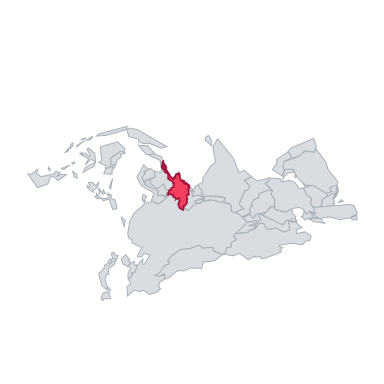 Myanmar on a map of Asia (Albers equal-area conic projection), rotated 160°
{"feature_id": "MMR", "entity_name": "Myanmar", "entity_type": "country or territory", "adm_level": 0, "iso_a3": "MMR", "parent_name": "Asia", "parent_adm1": "", "projection": "albers", "projection_center": [96.922, 19.196], "detail": "fine", "context": "in_parent", "style": "filled", "palette": "rose", "viewbox_px": 384, "rotation_deg": 160, "n_neighbors": 45, "source": "natural_earth", "source_scale": "50m", "svg_char_len": 18287}
<svg xmlns="http://www.w3.org/2000/svg" viewBox="0 0 384 384"><g transform="rotate(160 192 192)"><path d="M183.8,123.0L180.2,124.6L178.6,128.0L174.2,126.9L172.3,131.2L166.6,132.2L168.2,136.8L166.6,138.8L153.1,134.8L151.2,136.6L146.1,135.4L139.5,139.7L135.3,137.7L134.7,132.8L132.4,130.4L125.8,129.8L119.2,123.0L113.2,123.1L111.1,132.3L107.5,128.7L103.6,129.2L104.3,126.7L100.7,120.9L107.0,120.9L108.0,117.1L99.2,115.9L95.0,109.6L98.6,105.6L100.4,107.5L106.1,104.7L115.9,109.7L127.9,112.0L128.7,111.0L125.6,108.7L129.7,107.2L128.5,105.4L129.6,104.9L146.1,104.8L149.8,105.9L150.1,108.2L155.0,109.1L154.6,110.3L162.2,109.0L168.1,117.9L175.4,118.0L183.8,123.0Z" fill="#d9dde1" stroke="#a8b0b8" stroke-width="1"/><path d="M111.1,132.3L113.2,123.1L119.2,123.0L125.8,129.8L132.4,130.4L134.7,132.8L135.3,137.7L138.6,139.6L145.4,136.4L143.9,138.1L149.7,140.7L146.5,142.2L143.8,141.6L144.2,139.7L141.1,139.8L138.8,142.6L136.9,142.2L137.8,146.2L136.1,148.6L117.9,130.0L113.6,132.9L111.1,132.3Z" fill="#d9dde1" stroke="#a8b0b8" stroke-width="1"/><path d="M335.7,248.7L340.0,265.1L336.8,263.7L329.3,265.9L331.8,262.4L328.4,258.0L314.8,256.1L313.1,258.0L309.4,255.3L314.1,252.7L309.8,253.5L304.1,251.2L314.2,248.7L316.6,253.6L319.9,254.5L324.8,248.9L335.7,248.7ZM291.2,274.7L290.1,278.1L287.1,278.8L288.3,276.2L291.2,274.7ZM318.2,264.4L317.5,262.5L318.3,260.5L319.4,262.3L318.2,264.4ZM265.3,243.3L264.0,246.0L269.6,251.7L266.2,252.4L262.7,265.8L244.7,264.6L240.3,255.9L242.0,251.4L244.8,254.6L254.4,252.5L256.7,251.7L259.5,243.5L265.3,243.3ZM297.6,259.1L305.1,256.9L306.6,258.7L297.6,259.1ZM294.8,260.7L292.6,260.5L291.9,259.5L294.8,258.9L294.8,260.7ZM295.1,244.3L297.8,246.7L297.0,252.4L294.1,247.7L295.1,244.3ZM275.0,249.9L287.6,247.7L283.6,251.6L273.4,253.0L273.2,255.1L276.2,257.1L283.0,254.0L278.0,258.2L284.3,266.5L281.5,266.7L282.6,264.4L279.0,265.2L276.7,260.3L274.8,261.4L276.1,268.1L274.3,268.8L270.2,261.7L272.3,253.4L275.0,249.9ZM278.7,279.3L273.0,279.0L275.8,278.2L278.7,279.3ZM275.7,276.8L282.0,275.0L284.6,273.7L284.3,275.1L275.7,276.8ZM269.3,275.7L273.2,276.8L266.0,278.5L269.3,275.7ZM232.6,273.2L252.8,274.5L262.6,277.2L259.2,278.5L230.6,275.8L232.6,273.2ZM224.1,259.8L232.4,265.7L231.9,273.1L228.5,273.3L221.9,269.2L200.0,243.2L206.3,243.9L215.6,252.4L221.1,254.2L225.2,257.5L224.1,259.8Z" fill="#d9dde1" stroke="#a8b0b8" stroke-width="1"/><path d="M291.8,275.9L294.0,273.0L298.2,272.2L291.8,275.9Z" fill="#d9dde1" stroke="#a8b0b8" stroke-width="1"/><path d="M59.2,139.3L55.9,142.2L53.5,148.4L53.7,143.3L57.4,139.2L59.2,139.3Z" fill="#d9dde1" stroke="#a8b0b8" stroke-width="1"/><path d="M61.9,137.5L57.5,139.2L61.9,136.4L61.9,137.5Z" fill="#d9dde1" stroke="#a8b0b8" stroke-width="1"/><path d="M57.8,141.3L55.3,143.5L57.1,140.7L57.8,141.3Z" fill="#d9dde1" stroke="#a8b0b8" stroke-width="1"/><path d="M57.8,141.3L66.1,141.4L66.0,144.9L60.3,144.8L61.7,148.3L55.9,150.1L53.5,148.4L57.8,141.3Z" fill="#d9dde1" stroke="#a8b0b8" stroke-width="1"/><path d="M89.3,175.2L95.3,177.1L101.9,174.1L96.7,182.2L89.4,178.9L89.3,175.2Z" fill="#d9dde1" stroke="#a8b0b8" stroke-width="1"/><path d="M87.7,173.3L88.1,171.2L89.9,169.9L90.1,172.5L87.7,173.3Z" fill="#d9dde1" stroke="#a8b0b8" stroke-width="1"/><path d="M83.2,156.5L84.7,161.3L80.7,158.6L83.2,156.5Z" fill="#d9dde1" stroke="#a8b0b8" stroke-width="1"/><path d="M66.0,144.9L66.1,141.4L72.1,140.4L74.4,135.6L78.6,134.1L83.0,136.0L84.8,140.8L81.9,144.8L85.2,150.1L86.2,157.7L76.4,157.0L66.0,144.9Z" fill="#d9dde1" stroke="#a8b0b8" stroke-width="1"/><path d="M97.3,181.7L101.8,176.3L108.7,185.5L102.4,190.1L101.2,193.6L87.8,197.1L86.5,189.9L95.0,189.1L98.0,183.9L97.3,181.7ZM102.9,172.5L101.7,173.0L102.6,172.2L102.9,172.5Z" fill="#d9dde1" stroke="#a8b0b8" stroke-width="1"/><path d="M220.4,224.2L221.3,218.4L229.7,219.0L230.9,217.0L234.1,219.7L234.0,223.1L229.4,225.6L230.7,227.2L223.1,228.5L220.4,224.2Z" fill="#d9dde1" stroke="#a8b0b8" stroke-width="1"/><path d="M227.4,218.0L221.3,218.4L220.4,224.2L213.5,220.9L211.2,232.7L219.7,240.9L216.9,242.5L208.2,235.2L212.1,225.2L208.2,216.1L210.1,213.1L205.9,206.7L208.3,203.1L213.1,201.0L216.3,203.6L215.8,209.2L221.5,206.8L225.7,209.1L228.3,214.3L227.4,218.0Z" fill="#d9dde1" stroke="#a8b0b8" stroke-width="1"/><path d="M233.3,217.9L227.4,218.0L228.3,214.3L223.5,206.9L215.8,209.2L216.3,203.6L213.1,201.0L217.5,198.7L217.1,195.5L221.3,199.8L224.5,199.7L225.6,202.1L223.2,204.0L232.9,213.1L233.3,217.9Z" fill="#d9dde1" stroke="#a8b0b8" stroke-width="1"/><path d="M225.5,228.8L230.7,227.2L229.4,225.6L234.0,223.1L233.7,215.0L223.2,204.0L225.6,202.1L224.5,199.7L221.3,199.8L218.4,195.0L226.5,192.2L233.8,196.9L228.0,204.4L237.2,214.6L238.8,224.7L228.0,234.0L225.5,228.8Z" fill="#d9dde1" stroke="#a8b0b8" stroke-width="1"/><path d="M281.5,133.1L280.1,137.3L275.7,141.2L277.9,144.5L269.9,146.6L270.9,143.0L268.1,142.0L269.7,140.0L273.3,136.1L276.5,136.5L275.9,135.2L279.8,131.9L281.5,133.1Z" fill="#d9dde1" stroke="#a8b0b8" stroke-width="1"/><path d="M273.5,147.0L278.1,143.8L281.6,148.2L281.6,152.9L275.7,155.8L273.8,149.7L275.5,149.0L273.5,147.0Z" fill="#d9dde1" stroke="#a8b0b8" stroke-width="1"/><path d="M184.6,122.8L194.5,119.6L205.5,122.3L208.9,116.9L219.5,121.2L226.4,120.4L230.0,122.5L234.9,122.5L242.7,119.2L247.8,119.5L246.3,124.9L251.3,123.5L255.4,125.5L242.0,132.6L238.4,132.2L237.3,133.9L238.5,135.6L235.5,138.1L223.2,142.1L213.7,139.7L203.4,139.6L201.1,135.7L191.3,132.9L191.5,128.9L184.6,122.8Z" fill="#d9dde1" stroke="#a8b0b8" stroke-width="1"/><path d="M205.7,178.8L205.3,182.2L200.2,183.6L193.6,196.3L192.4,191.8L191.2,193.6L189.8,192.0L193.1,188.0L186.8,186.9L183.5,183.5L182.5,185.3L184.3,186.9L182.0,188.9L183.6,189.7L183.7,197.0L178.7,197.3L177.2,201.0L165.0,210.4L159.8,211.8L157.0,227.3L149.8,233.3L141.6,209.4L141.2,194.0L135.4,194.5L130.8,185.7L138.4,185.0L135.6,177.2L138.8,174.7L141.7,175.3L151.9,164.4L149.0,158.3L156.5,158.3L159.1,156.3L161.3,159.8L160.1,167.4L165.6,171.7L162.7,175.3L170.4,180.0L182.2,183.5L184.1,178.9L184.3,181.6L186.5,182.8L192.3,182.7L191.6,180.0L202.7,175.5L203.0,178.4L205.7,178.8Z" fill="#d9dde1" stroke="#a8b0b8" stroke-width="1"/><path d="M192.4,191.8L192.7,200.2L190.4,194.2L188.0,194.0L187.4,196.7L184.1,195.9L182.0,188.9L184.3,186.9L182.5,185.3L183.5,183.5L186.8,186.9L193.1,188.0L189.8,192.0L191.2,193.6L192.4,191.8Z" fill="#d9dde1" stroke="#a8b0b8" stroke-width="1"/><path d="M191.6,180.0L192.3,182.7L184.3,181.6L187.4,178.4L191.6,180.0Z" fill="#d9dde1" stroke="#a8b0b8" stroke-width="1"/><path d="M182.6,179.4L182.2,183.5L180.1,183.4L162.7,175.3L166.7,171.1L176.9,178.1L182.6,179.4Z" fill="#d9dde1" stroke="#a8b0b8" stroke-width="1"/><path d="M159.1,156.3L156.5,158.3L149.0,158.3L151.9,164.4L141.7,175.3L138.8,174.7L135.6,177.2L138.4,185.0L130.8,185.7L127.0,180.1L114.6,178.7L116.2,175.7L120.1,174.9L115.8,165.3L119.6,167.5L129.2,167.7L131.3,164.0L137.3,163.4L145.3,151.8L153.3,151.2L155.3,154.8L159.1,156.3Z" fill="#d9dde1" stroke="#a8b0b8" stroke-width="1"/><path d="M128.9,147.5L139.3,149.1L143.6,146.2L145.3,151.2L148.9,149.6L153.3,151.2L143.7,152.8L144.2,155.4L142.0,158.3L139.7,157.8L140.4,159.8L137.3,163.4L131.3,164.0L129.2,167.7L119.6,167.5L115.8,165.3L118.5,163.3L116.8,156.5L119.9,149.7L123.9,151.2L128.9,147.5Z" fill="#d9dde1" stroke="#a8b0b8" stroke-width="1"/><path d="M136.1,148.6L137.8,146.2L136.9,142.2L144.2,139.7L144.8,141.7L140.9,143.0L150.6,144.6L152.9,150.4L145.3,151.2L143.6,146.2L139.3,149.1L136.1,148.6Z" fill="#d9dde1" stroke="#a8b0b8" stroke-width="1"/><path d="M145.4,136.4L151.2,136.6L153.1,134.8L166.6,138.8L150.6,144.6L140.9,143.0L141.4,141.5L149.7,140.7L143.9,138.1L145.4,136.4Z" fill="#d9dde1" stroke="#a8b0b8" stroke-width="1"/><path d="M103.6,129.2L107.5,128.7L109.9,132.2L113.6,132.9L117.9,130.0L133.5,145.9L133.1,147.5L131.5,146.4L122.0,151.2L119.9,149.7L120.1,147.4L112.2,141.5L103.9,141.8L104.9,137.2L102.9,133.7L104.0,131.7L108.1,132.6L106.6,129.0L103.9,131.0L103.6,129.2Z" fill="#d9dde1" stroke="#a8b0b8" stroke-width="1"/><path d="M86.2,157.7L85.2,150.1L81.9,144.8L84.8,140.8L82.4,133.6L83.2,129.8L87.3,132.9L92.2,132.1L93.3,137.9L96.6,140.8L103.5,142.3L110.6,140.9L120.1,147.4L116.8,156.5L118.5,163.3L115.8,165.3L120.1,174.9L116.2,175.7L114.6,178.7L104.8,174.6L104.5,171.0L95.8,169.4L91.8,165.2L90.0,158.2L86.2,157.7Z" fill="#d9dde1" stroke="#a8b0b8" stroke-width="1"/><path d="M58.5,140.7L61.9,137.5L61.4,133.8L64.6,130.9L77.5,134.2L74.4,135.6L72.1,140.4L60.6,142.6L58.5,140.7Z" fill="#d9dde1" stroke="#a8b0b8" stroke-width="1"/><path d="M88.1,133.1L82.9,127.4L83.4,125.3L87.5,127.3L88.1,133.1Z" fill="#d9dde1" stroke="#a8b0b8" stroke-width="1"/><path d="M83.0,136.0L64.6,130.9L62.3,133.0L63.1,130.9L60.0,129.3L48.3,126.7L44.3,123.5L44.0,115.3L52.3,113.7L62.3,115.4L71.8,121.8L81.7,123.4L85.0,129.6L83.2,129.8L83.0,136.0ZM46.3,109.5L50.5,110.8L51.9,113.3L45.1,113.8L46.3,109.5Z" fill="#d9dde1" stroke="#a8b0b8" stroke-width="1"/><path d="M161.7,235.7L161.0,238.5L157.2,239.6L156.0,233.3L157.7,228.8L161.7,235.7Z" fill="#d9dde1" stroke="#a8b0b8" stroke-width="1"/><path d="M238.2,206.2L235.8,203.0L241.3,200.6L240.4,204.6L238.2,206.2ZM150.6,144.6L168.2,136.8L166.6,132.2L172.3,131.2L174.2,126.9L178.6,128.0L180.2,124.6L184.6,122.8L191.5,128.9L191.3,132.9L201.1,135.7L203.4,139.6L213.7,139.7L223.2,142.1L232.9,139.2L238.5,135.6L237.3,133.9L238.4,132.2L242.0,132.6L250.3,127.0L255.3,126.4L251.3,123.5L245.7,123.9L247.8,119.5L253.4,118.2L256.0,113.6L254.5,112.0L258.7,109.9L266.8,110.1L271.6,116.4L275.5,116.4L279.7,119.6L288.1,116.2L285.6,125.1L281.1,126.5L281.5,133.1L279.8,131.9L275.9,135.2L276.5,136.5L273.3,136.1L268.1,142.0L261.1,145.8L263.1,141.4L261.7,140.2L253.0,147.2L258.6,150.8L260.9,148.6L264.7,149.2L265.3,150.5L258.0,157.0L265.9,164.9L264.7,167.9L267.1,170.0L266.7,174.6L260.4,185.9L253.9,191.7L241.0,196.8L240.4,199.9L238.9,200.2L238.6,197.0L231.2,196.3L230.2,193.6L226.5,192.2L217.1,195.5L217.5,198.7L210.8,196.2L211.5,193.8L209.2,190.7L206.5,191.2L209.2,180.9L207.2,178.6L203.0,178.4L202.7,175.5L193.6,179.7L187.4,178.4L184.3,181.1L184.1,178.9L176.9,178.1L160.1,167.4L161.3,159.8L155.3,154.8L150.6,144.6Z" fill="#d9dde1" stroke="#a8b0b8" stroke-width="1"/><path d="M267.4,182.8L267.5,190.0L266.8,192.4L264.5,188.2L267.4,182.8Z" fill="#d9dde1" stroke="#a8b0b8" stroke-width="1"/><path d="M90.2,125.3L92.8,127.9L95.0,126.8L97.9,131.8L96.0,131.5L93.1,135.8L92.2,132.1L88.1,133.1L87.0,129.6L86.6,125.8L89.8,127.3L90.2,125.3ZM87.3,132.9L85.8,132.1L85.0,129.6L86.9,130.8L87.3,132.9Z" fill="#d9dde1" stroke="#a8b0b8" stroke-width="1"/><path d="M77.3,116.9L88.6,123.0L90.2,127.1L79.3,122.7L80.0,119.9L77.3,116.9Z" fill="#d9dde1" stroke="#a8b0b8" stroke-width="1"/><path d="M271.9,219.7L268.9,216.5L272.3,217.2L271.9,219.7ZM278.0,227.9L277.1,222.7L278.4,224.3L280.1,221.3L278.0,227.9ZM284.4,224.8L288.7,231.4L288.2,234.0L286.7,231.4L285.6,233.0L286.2,236.3L282.7,235.3L280.2,230.9L275.7,233.4L279.5,228.6L284.9,226.9L284.4,224.8ZM268.2,224.9L261.9,231.9L267.4,222.7L268.2,224.9ZM272.4,202.4L272.4,213.6L278.6,214.2L279.5,217.7L275.9,215.3L269.6,215.3L270.3,213.3L267.1,211.2L268.0,202.2L272.4,202.4ZM274.7,224.4L273.8,220.4L277.3,220.7L274.7,224.4ZM283.6,218.1L284.8,221.1L282.6,220.7L282.5,224.0L280.0,217.5L283.6,218.1Z" fill="#d9dde1" stroke="#a8b0b8" stroke-width="1"/><path d="M213.8,240.4L222.1,242.8L226.2,254.3L217.8,250.5L213.8,240.4ZM265.3,243.3L259.5,243.5L256.7,251.7L244.8,254.6L242.7,253.2L242.0,251.4L246.5,251.5L246.9,249.2L251.5,247.6L254.6,243.4L258.0,243.6L261.1,236.0L268.6,239.4L265.3,243.3Z" fill="#d9dde1" stroke="#a8b0b8" stroke-width="1"/><path d="M257.9,240.5L258.0,243.6L256.1,244.7L254.6,243.4L257.9,240.5Z" fill="#d9dde1" stroke="#a8b0b8" stroke-width="1"/><path d="M308.7,135.5L307.7,147.0L301.0,150.1L298.3,153.9L295.9,151.3L286.7,155.2L289.5,156.7L288.8,161.7L286.1,162.3L286.2,159.7L283.2,157.5L289.7,150.3L296.8,148.5L298.2,143.3L300.0,144.2L303.8,139.4L303.9,131.3L306.1,130.2L308.7,135.5ZM311.6,121.9L312.8,120.4L314.1,123.0L309.8,127.6L305.8,126.8L305.3,129.9L302.9,130.5L301.9,128.1L304.9,125.2L304.8,119.5L311.6,121.9ZM290.2,155.7L293.3,152.5L295.7,153.6L292.1,157.4L290.2,155.7Z" fill="#d9dde1" stroke="#a8b0b8" stroke-width="1"/><path d="M86.5,189.9L87.8,197.1L84.5,199.4L59.4,200.8L59.3,193.2L63.3,187.4L72.1,191.9L78.9,188.9L86.5,189.9Z" fill="#d9dde1" stroke="#a8b0b8" stroke-width="1"/><path d="M53.5,148.8L60.1,149.2L61.7,148.3L60.3,144.8L66.0,144.9L76.4,157.0L82.8,159.5L87.6,167.6L89.4,178.9L97.3,181.7L98.0,183.9L95.0,189.1L78.9,188.9L72.1,191.9L63.3,187.4L60.7,190.2L55.9,173.8L56.5,166.8L51.5,151.9L53.5,148.8Z" fill="#d9dde1" stroke="#a8b0b8" stroke-width="1"/><path d="M58.7,132.1L54.0,133.5L52.9,131.6L58.7,132.1Z" fill="#d9dde1" stroke="#a8b0b8" stroke-width="1"/><path d="M213.2,201.3L212.7,201.0L212.1,201.3L211.4,201.2L211.5,201.7L211.5,201.8L211.1,202.0L210.7,201.9L210.4,201.9L210.3,202.1L210.2,202.6L210.0,202.9L209.6,202.9L208.6,203.1L208.2,203.1L207.9,202.9L207.6,203.0L207.1,203.8L207.1,204.7L206.8,205.1L206.8,205.3L206.9,206.3L206.3,206.5L205.9,206.5L206.1,206.9L206.3,207.1L206.6,207.1L206.9,208.1L206.8,208.5L208.3,210.4L208.8,210.8L208.9,211.1L208.9,211.5L209.4,212.7L209.5,212.7L209.9,212.4L210.0,212.6L210.0,212.9L209.9,213.1L209.2,213.5L209.2,214.3L209.2,215.4L208.9,215.4L208.2,215.9L208.2,216.5L208.3,217.0L209.2,218.3L210.2,219.1L210.8,220.1L210.9,221.4L210.7,221.8L210.8,222.0L211.1,222.8L211.6,223.4L211.6,223.6L211.8,224.4L211.9,224.7L212.2,225.5L212.1,225.8L211.8,226.0L211.0,227.5L209.9,228.7L209.9,229.4L209.7,230.0L209.3,230.5L209.1,230.1L209.2,229.6L209.0,228.7L209.6,227.8L209.6,227.4L209.8,227.1L209.8,226.1L209.9,225.9L210.2,225.7L209.6,225.7L209.5,225.2L209.6,224.6L209.6,224.3L209.4,224.3L209.4,224.1L209.6,224.0L209.4,223.7L209.5,223.4L209.5,223.1L209.3,221.7L209.0,221.3L208.8,220.8L208.4,220.1L208.3,219.5L208.2,219.4L208.1,220.3L208.0,220.1L207.9,219.3L208.0,218.8L207.7,218.4L207.4,217.5L207.5,217.3L207.7,217.5L207.5,217.1L207.3,217.2L207.2,216.9L207.1,215.9L207.0,215.6L207.0,215.2L206.9,214.0L206.5,213.6L206.7,212.9L206.6,212.3L206.9,212.0L206.6,212.1L206.0,212.1L205.8,211.7L205.7,211.5L205.5,211.1L205.4,210.6L205.5,210.5L204.5,209.7L204.7,209.9L204.5,210.2L204.7,210.7L204.3,211.6L203.9,212.0L203.4,212.2L203.2,212.2L203.0,211.9L202.9,211.5L202.7,211.4L202.9,212.0L203.1,212.4L202.6,212.7L202.3,212.7L202.3,212.9L201.6,213.1L201.4,213.7L201.0,214.1L200.6,214.4L200.3,214.3L200.4,214.0L200.5,213.7L200.5,213.3L200.4,213.5L200.0,214.1L199.4,214.1L199.2,213.7L199.2,213.1L199.1,213.5L198.6,213.9L198.6,213.4L198.8,212.5L198.7,212.1L198.6,212.6L198.4,212.8L198.0,213.3L197.6,213.6L197.4,213.5L197.4,213.2L197.6,212.1L197.8,211.8L197.9,211.1L198.1,210.9L198.1,210.4L198.4,209.9L198.5,209.1L198.4,208.8L198.2,208.4L198.1,207.3L197.6,206.5L197.6,206.2L197.4,205.8L197.6,205.8L197.2,205.5L197.1,205.3L197.1,204.2L197.0,204.5L196.8,204.6L196.9,205.0L196.8,205.3L196.2,204.9L195.6,204.0L195.9,203.9L196.2,204.3L196.5,204.4L196.9,204.1L197.0,203.8L196.6,203.5L196.4,203.3L196.3,203.0L196.0,202.8L196.2,202.4L195.9,202.4L195.4,202.1L195.0,202.0L194.8,202.0L194.9,202.4L194.9,202.6L194.7,202.6L194.4,201.9L194.6,201.6L194.4,201.6L194.6,201.1L194.4,201.3L194.1,201.7L193.8,201.5L194.1,201.2L193.7,200.5L193.7,200.8L193.6,201.3L193.4,200.8L192.8,200.1L192.6,199.8L192.5,199.1L192.4,198.9L192.3,198.4L192.6,198.0L193.2,198.4L193.3,198.5L193.5,198.4L193.4,197.9L193.4,196.5L193.5,196.4L193.7,196.1L193.9,196.1L194.1,196.4L194.2,196.5L194.4,196.4L194.6,195.9L194.9,195.8L194.9,195.4L194.7,194.4L195.0,193.9L195.0,193.5L195.4,193.5L195.5,193.4L195.6,192.7L195.7,191.7L195.4,190.7L195.5,190.6L195.9,190.9L196.4,190.8L197.4,191.2L197.5,191.2L198.0,189.9L198.7,188.7L199.1,187.9L199.0,187.6L198.7,187.4L198.7,187.1L199.0,186.7L199.3,186.5L199.7,186.0L199.8,185.8L199.9,185.4L200.2,185.1L200.0,184.7L200.0,184.2L200.0,183.9L200.2,183.5L201.0,183.1L202.2,182.3L202.6,181.8L202.9,181.7L204.2,181.5L204.4,181.6L204.6,181.9L204.8,182.0L205.0,182.1L205.2,181.9L204.7,181.2L204.6,180.7L204.8,180.4L205.5,179.9L205.8,179.8L205.8,179.5L205.7,179.3L205.7,179.0L206.3,178.1L206.6,178.2L206.9,178.6L207.1,178.6L207.7,179.2L207.8,179.7L208.2,180.8L208.3,180.9L208.5,180.6L209.1,180.8L209.3,183.2L209.2,184.4L209.2,184.7L209.2,184.8L208.9,184.9L208.9,185.0L209.1,185.4L209.1,185.6L208.7,185.8L208.3,186.4L208.2,186.4L207.9,186.4L207.7,186.9L207.5,187.2L207.3,187.4L207.0,187.3L206.8,187.9L206.8,188.4L206.4,188.7L206.3,189.1L206.3,189.5L206.6,189.8L206.8,190.2L206.7,190.5L206.4,190.9L206.4,191.1L206.7,191.2L207.5,190.7L208.1,190.6L208.8,190.5L209.0,190.7L209.7,190.5L209.3,191.0L209.3,191.3L209.5,191.6L209.7,191.9L209.6,192.2L209.8,192.6L209.8,193.2L210.3,193.3L211.2,193.5L211.3,193.5L211.4,193.8L211.1,194.2L211.0,194.6L211.0,195.1L210.7,195.7L210.6,196.0L211.7,196.3L212.5,196.4L212.6,196.5L212.6,197.0L212.7,197.3L213.0,197.5L213.1,197.9L213.4,198.0L213.7,197.9L214.2,198.0L214.4,198.0L214.6,197.9L215.0,197.4L215.6,197.1L215.8,197.6L215.6,197.9L215.2,198.2L214.9,198.4L214.4,199.1L214.2,199.3L214.2,199.5L214.3,199.6L214.5,199.7L214.3,199.8L213.9,199.8L213.7,199.9L213.5,200.1L213.3,200.5L213.2,201.3ZM196.2,203.4L196.8,203.8L196.7,204.1L196.3,204.1L196.3,203.8L196.0,203.6L196.2,203.4ZM208.8,223.3L209.0,223.3L209.0,223.6L208.8,224.0L208.6,224.0L208.6,223.5L208.5,223.2L208.8,223.1L208.8,223.3ZM196.1,205.9L195.8,205.7L195.6,205.4L195.9,205.3L196.3,205.4L196.2,205.8L196.1,205.9ZM209.3,225.7L209.2,226.3L208.9,226.2L208.8,225.5L209.2,225.5L209.3,225.7ZM198.1,213.7L197.9,214.0L197.9,213.6L198.4,213.0L198.5,213.2L198.3,213.5L198.1,213.7ZM206.5,212.9L206.4,213.0L206.2,212.8L206.2,212.3L206.4,212.2L206.5,212.3L206.5,212.9ZM208.5,226.1L208.3,226.5L208.2,226.4L208.3,226.2L208.6,225.6L208.5,226.1ZM208.3,227.9L208.6,228.4L208.5,228.5L208.2,228.1L208.2,227.8L208.3,227.9ZM209.4,225.1L209.0,225.2L209.0,224.7L209.2,224.9L209.4,225.1ZM208.5,230.6L208.1,230.9L208.1,230.7L208.4,230.5L208.6,230.4L208.5,230.6ZM194.3,202.0L194.4,202.6L194.1,202.1L194.1,201.9L194.3,202.0ZM208.6,221.8L208.6,222.3L208.4,222.1L208.4,221.6L208.6,221.8ZM195.7,202.5L195.7,202.9L195.5,202.7L195.4,202.3L195.7,202.5ZM208.1,224.5L207.9,224.5L207.8,224.3L207.9,224.1L208.0,224.2L208.1,224.5ZM207.9,223.9L207.7,224.2L207.7,223.8L207.9,223.9ZM207.9,225.7L208.0,226.0L207.8,225.8L207.7,225.4L207.9,225.7ZM199.1,213.9L198.9,214.2L199.1,213.8L199.1,213.9ZM209.2,227.9L209.2,227.5L209.2,227.9Z" fill="#f43f5e" stroke="#9f1239" stroke-width="1.5"/></g></svg>